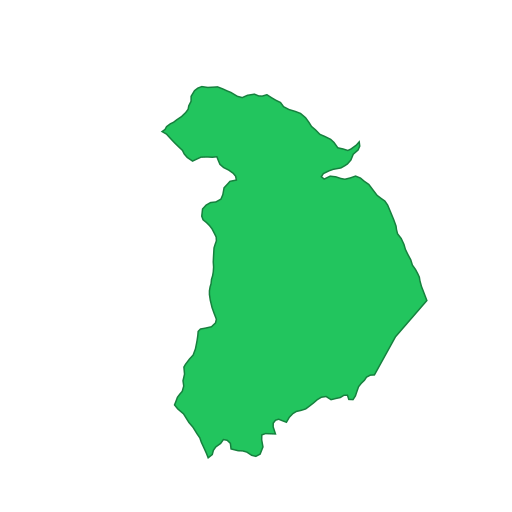 outline of Assis, São Paulo, Brazil, rotated 328°
{"feature_id": "56859067B72357752208353", "entity_name": "Assis", "entity_type": "district", "adm_level": 2, "iso_a3": "BRA", "parent_name": "Brazil", "parent_adm1": "São Paulo", "projection": "natural_earth1", "projection_center": [-50.43, -22.579], "detail": "fine", "context": "isolated", "style": "filled", "palette": "green", "viewbox_px": 512, "rotation_deg": 328, "n_neighbors": 0, "source": "geoboundaries", "source_scale": "gbopen_adm2", "svg_char_len": 2914}
<svg xmlns="http://www.w3.org/2000/svg" viewBox="0 0 512 512"><g transform="rotate(328 256 256)"><path d="M350.7,125.0L346.0,123.7L343.1,121.7L340.4,117.9L333.9,115.2L328.3,114.4L324.8,110.7L321.4,104.0L319.0,100.7L316.3,96.6L313.0,92.2L310.0,90.6L304.4,87.5L299.8,83.6L295.6,82.8L291.5,83.2L285.6,86.2L282.9,90.4L278.6,93.0L276.2,95.6L272.4,97.1L266.7,98.3L261.0,98.5L256.9,98.9L253.5,98.5L248.7,98.9L245.9,100.5L242.3,100.7L244.7,105.2L246.1,112.8L247.0,117.2L248.4,122.9L249.6,127.5L249.2,131.5L249.9,136.0L252.5,141.9L256.2,142.3L261.7,143.0L267.2,146.2L271.3,149.1L275.4,151.1L274.6,155.4L274.0,159.2L275.4,163.8L278.4,168.7L280.5,173.8L281.0,177.6L279.6,181.2L273.5,178.9L270.1,179.9L265.1,181.2L260.4,186.4L256.4,189.2L250.6,188.9L245.8,186.6L240.7,186.4L235.6,187.8L231.1,193.5L230.3,197.2L231.7,201.3L232.7,205.6L233.1,209.8L232.7,214.7L232.3,218.8L230.4,222.2L227.5,224.5L224.7,226.9L219.8,233.8L216.6,238.4L214.2,242.9L211.3,246.9L208.7,249.8L205.9,252.2L203.2,255.7L200.7,257.9L198.1,260.8L196.1,264.0L193.8,269.3L191.4,276.5L190.1,282.4L188.9,288.6L186.2,291.3L180.7,292.4L174.7,290.3L170.2,288.5L167.0,289.3L164.6,292.5L161.3,296.4L159.0,298.9L155.3,302.8L150.2,306.7L145.1,308.1L138.8,310.5L136.0,312.0L132.8,318.3L128.0,323.1L125.8,328.0L121.7,331.7L118.4,332.7L114.5,334.2L110.9,337.0L108.0,339.1L108.6,344.2L110.9,351.5L110.9,357.4L110.9,361.7L111.8,367.8L111.8,375.8L112.0,380.5L111.0,384.7L110.1,391.8L109.4,397.0L108.5,401.8L113.7,401.2L116.9,398.2L120.7,396.6L126.7,396.2L131.1,394.4L133.9,397.0L135.0,401.3L132.6,406.4L137.7,411.7L141.3,414.1L144.3,417.4L146.7,422.7L149.7,425.8L154.5,426.2L160.7,421.6L163.4,414.9L166.1,410.8L169.9,411.6L178.2,417.2L180.0,410.0L182.0,406.9L185.5,405.6L188.7,406.4L190.9,409.4L193.7,413.1L198.8,410.4L203.6,409.2L207.8,409.2L212.4,410.8L217.1,412.0L220.8,411.7L226.8,411.1L231.8,410.3L236.6,410.4L241.0,412.3L243.5,417.6L248.4,419.2L252.5,420.7L256.7,420.7L259.8,422.5L258.7,426.8L262.2,429.2L266.2,427.3L269.1,424.9L273.7,421.2L277.6,419.8L282.2,418.8L285.5,417.3L289.8,417.6L293.4,419.6L331.5,398.4L377.3,384.3L379.2,374.6L380.2,369.4L381.9,363.8L383.3,360.5L383.8,356.6L384.1,352.0L383.8,346.6L385.2,341.3L385.6,335.0L386.2,329.5L387.6,324.6L388.4,318.1L387.8,312.2L389.1,308.1L390.6,304.8L392.0,298.3L393.2,291.2L394.6,282.6L394.4,277.7L392.5,273.2L390.8,268.7L390.3,263.2L389.6,255.1L387.4,250.0L385.9,245.3L382.8,241.0L377.5,239.8L372.0,238.0L368.9,235.1L365.7,231.2L361.2,227.6L354.6,226.9L353.4,223.4L356.8,221.8L363.3,222.5L367.4,223.4L374.7,226.3L379.2,226.5L382.3,226.4L387.3,224.9L392.4,221.2L398.7,220.2L402.2,217.8L404.0,213.9L400.0,215.1L393.2,215.6L389.8,215.2L386.5,211.3L382.7,207.6L382.3,201.0L381.1,196.6L378.2,191.9L374.6,186.6L373.3,180.6L371.7,175.5L371.7,170.9L371.3,165.0L369.3,158.7L365.9,154.2L361.6,149.3L358.5,144.0L358.1,138.8L355.4,134.5L353.1,130.1L350.7,125.0Z" fill="#22c55e" stroke="#15803d" stroke-width="1.5"/></g></svg>